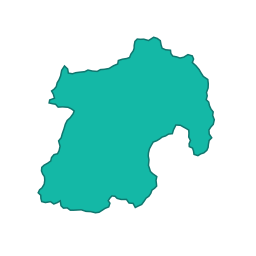 Tabuleiro, Minas Gerais, Brazil, rotated 105°
{"feature_id": "56859067B43776392913004", "entity_name": "Tabuleiro", "entity_type": "district", "adm_level": 2, "iso_a3": "BRA", "parent_name": "Brazil", "parent_adm1": "Minas Gerais", "projection": "orthographic", "projection_center": [-43.254, -21.359], "detail": "fine", "context": "isolated", "style": "filled", "palette": "teal", "viewbox_px": 256, "rotation_deg": 105, "n_neighbors": 0, "source": "geoboundaries", "source_scale": "gbopen_adm2", "svg_char_len": 2338}
<svg xmlns="http://www.w3.org/2000/svg" viewBox="0 0 256 256"><g transform="rotate(105 128 128)"><path d="M33.7,126.7L38.2,130.8L38.1,135.7L39.1,138.8L39.7,142.1L42.5,143.7L46.6,143.4L49.4,142.7L52.2,142.9L55.8,144.3L59.5,144.7L61.2,147.2L63.0,151.2L65.3,154.8L68.8,154.5L71.6,158.1L75.4,161.7L77.5,166.2L78.7,169.7L81.3,172.4L82.2,177.1L82.4,181.7L84.8,184.4L86.6,189.1L88.1,192.8L90.0,195.7L90.4,199.8L86.6,201.6L84.5,205.4L89.4,207.0L92.4,206.8L95.2,206.6L99.2,207.1L102.7,208.1L106.6,208.0L109.6,209.4L112.0,211.4L114.6,208.9L118.3,206.7L121.2,210.9L124.2,210.7L124.1,207.3L123.8,204.1L125.9,200.9L124.5,196.6L123.5,191.3L124.2,187.5L125.5,184.4L128.5,184.7L132.9,186.4L136.5,188.7L140.5,189.5L145.5,189.6L150.8,190.0L154.7,190.0L158.4,191.7L163.2,188.9L167.7,188.7L171.1,189.4L172.9,192.6L176.3,194.2L179.9,194.1L182.7,196.4L185.6,199.4L188.3,201.1L191.8,200.5L194.5,198.5L196.6,196.1L200.0,194.9L203.9,194.4L208.1,195.6L210.6,197.4L213.8,198.0L215.5,194.9L218.6,193.9L221.4,192.3L221.4,188.5L219.2,183.8L220.6,180.0L218.3,176.9L215.9,174.6L220.4,172.6L222.1,169.7L220.9,166.0L222.3,162.5L221.5,159.4L220.5,156.3L219.1,152.0L219.4,147.0L218.4,142.3L218.3,137.5L216.9,134.2L214.2,131.7L211.6,129.4L209.2,126.2L205.3,126.0L203.4,128.3L200.5,127.4L197.8,126.0L197.3,122.9L198.8,120.3L198.8,116.1L197.4,111.0L200.2,107.6L199.5,103.6L202.9,100.4L200.7,97.9L198.3,95.0L194.5,93.5L191.1,92.4L188.5,90.2L185.3,89.1L181.8,88.8L179.4,86.8L176.7,85.3L174.0,86.3L171.3,87.4L167.5,87.6L165.7,92.4L164.2,95.1L161.8,96.6L158.8,98.6L153.3,99.5L149.8,101.2L146.8,101.8L142.5,101.9L138.5,101.0L135.0,100.0L132.9,97.0L130.5,94.7L127.9,92.7L125.9,89.6L123.4,87.3L122.0,83.7L118.1,83.6L112.7,82.5L111.8,78.0L112.6,75.0L113.4,71.7L114.3,68.8L117.2,67.8L121.0,67.0L123.9,64.4L127.4,64.9L130.1,64.0L130.7,60.5L133.2,58.8L136.4,57.4L136.6,53.3L134.2,51.1L132.4,48.3L129.2,46.1L126.0,45.6L123.0,46.1L119.0,46.4L115.8,44.6L112.8,48.0L109.0,49.3L105.8,48.3L102.4,46.6L97.7,46.8L93.9,49.5L90.4,49.9L88.4,52.6L85.5,55.0L82.1,56.8L80.4,59.8L76.4,59.8L73.4,61.4L68.6,61.0L64.5,61.9L60.5,63.5L58.7,68.6L56.0,71.6L53.2,74.4L50.3,78.5L48.1,82.8L44.4,82.5L41.7,84.6L41.6,89.1L45.2,92.5L47.0,96.0L46.7,99.2L47.0,103.4L44.9,105.9L41.9,107.1L42.7,112.0L42.1,115.7L39.1,117.6L35.3,119.4L33.9,122.9L33.7,126.7Z" fill="#14b8a6" stroke="#0f766e" stroke-width="1.5"/></g></svg>